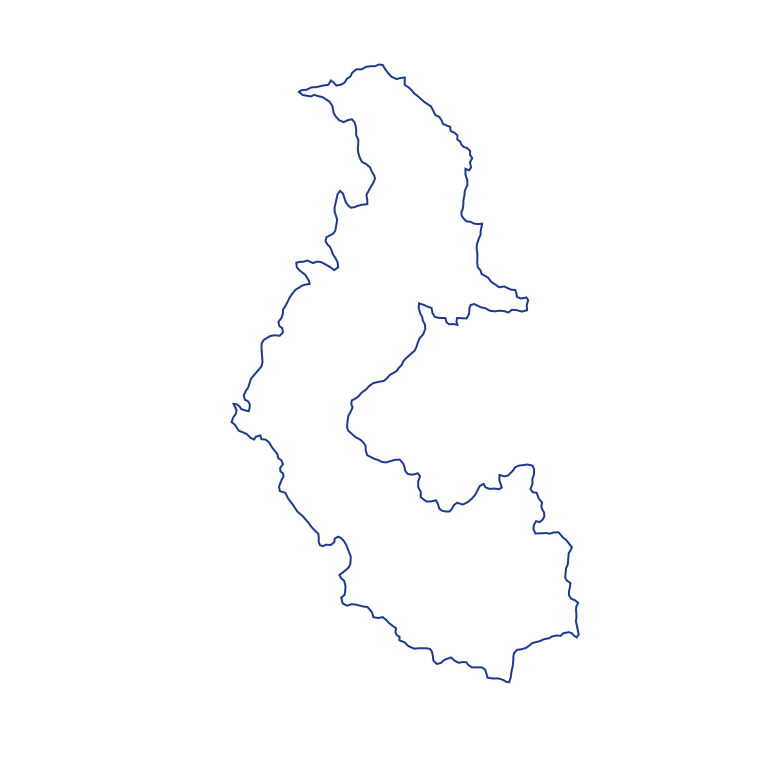 Inhapim, Minas Gerais, Brazil, rotated 260°
{"feature_id": "56859067B8939369455012", "entity_name": "Inhapim", "entity_type": "district", "adm_level": 2, "iso_a3": "BRA", "parent_name": "Brazil", "parent_adm1": "Minas Gerais", "projection": "albers", "projection_center": [-41.95, -19.485], "detail": "fine", "context": "isolated", "style": "outline", "palette": "blue", "viewbox_px": 768, "rotation_deg": 260, "n_neighbors": 0, "source": "geoboundaries", "source_scale": "gbopen_adm2", "svg_char_len": 6141}
<svg xmlns="http://www.w3.org/2000/svg" viewBox="0 0 768 768"><g transform="rotate(260 384 384)"><path d="M518.7,318.7L514.0,318.4L510.6,320.5L505.0,325.5L498.6,328.0L495.4,328.1L495.6,324.0L495.1,320.2L493.5,316.8L492.1,313.0L486.1,306.5L482.0,303.6L477.8,300.3L474.9,297.5L470.7,296.6L466.5,294.2L463.5,290.8L459.2,291.0L456.5,293.5L452.3,293.4L449.6,289.6L451.0,284.8L451.0,280.2L448.3,273.3L445.3,270.6L441.4,269.7L426.4,268.1L422.6,266.4L414.1,256.1L412.0,253.7L404.5,249.9L401.3,246.8L397.2,243.9L392.7,244.3L390.5,247.2L387.2,248.3L383.9,247.6L380.7,246.0L382.5,241.9L384.2,239.0L387.1,237.8L389.6,235.5L390.5,232.4L383.8,234.2L380.0,232.7L377.2,229.6L372.9,227.3L369.6,230.2L363.1,232.9L361.6,235.6L358.6,240.1L354.1,243.3L351.9,246.4L354.4,248.8L354.8,253.3L351.0,253.7L349.8,257.8L346.4,260.7L340.7,262.9L333.5,266.8L329.5,266.9L326.9,269.5L322.6,270.6L319.4,267.2L315.8,266.8L313.6,269.0L310.5,269.0L307.5,266.6L301.2,262.8L296.7,262.8L293.9,268.0L288.1,269.6L280.9,273.3L273.4,276.5L268.0,281.0L260.3,285.6L257.2,287.0L254.5,288.6L250.8,291.1L248.0,293.3L244.1,293.1L240.1,292.3L236.5,292.9L234.9,295.6L235.8,298.9L234.7,303.7L236.9,307.6L240.3,308.6L241.6,312.4L239.6,315.2L236.0,317.4L232.2,318.8L220.0,321.3L216.0,320.5L212.5,319.5L209.8,317.7L207.8,314.9L203.6,306.9L200.3,308.0L197.0,310.6L191.9,311.0L186.9,309.9L183.1,308.5L181.2,304.8L175.1,305.2L172.0,309.3L172.8,313.8L171.7,317.6L168.4,325.2L167.3,329.0L161.3,332.5L156.2,333.1L154.6,337.5L154.6,342.3L151.4,345.1L147.7,347.5L144.5,350.3L141.4,353.5L137.7,352.1L134.4,353.0L132.3,355.4L128.9,354.7L126.0,359.5L122.4,361.8L120.3,364.4L118.0,368.1L117.8,371.8L116.3,380.3L115.0,383.3L112.2,384.7L107.8,384.9L103.1,384.6L99.1,387.4L99.3,391.3L101.2,394.3L102.3,397.5L103.0,402.6L99.2,405.5L96.5,409.1L96.5,413.1L95.7,416.7L92.8,418.1L89.6,421.4L88.0,431.1L85.0,434.1L76.8,435.0L75.1,439.9L74.3,445.1L71.9,450.0L69.7,452.3L68.5,455.4L72.9,457.8L78.1,459.4L83.4,461.6L88.8,463.2L92.7,464.0L96.1,465.1L99.1,468.9L98.9,473.2L99.4,477.8L101.1,481.5L103.1,485.0L103.7,492.7L104.8,496.6L105.0,502.7L106.3,505.8L106.3,510.6L105.3,514.3L107.4,517.1L107.5,523.0L105.9,525.7L103.2,527.4L101.0,529.9L103.5,532.3L116.8,531.8L121.3,533.1L124.9,533.6L128.0,533.8L131.3,534.7L134.8,537.1L137.8,534.6L140.1,531.0L143.7,529.5L147.5,530.1L151.3,531.7L155.6,533.0L158.8,529.8L162.0,528.8L170.9,531.3L174.2,533.6L185.3,536.5L188.0,539.0L190.6,540.7L198.6,536.4L201.6,533.7L207.7,530.1L208.3,525.2L207.8,521.3L209.0,517.9L210.5,507.1L215.3,505.9L219.2,507.2L222.5,509.9L221.0,513.3L222.8,516.6L225.7,518.9L229.6,519.3L233.2,518.0L236.5,517.7L239.6,519.1L244.6,516.5L250.4,515.4L251.6,511.6L255.3,510.0L259.8,512.9L264.5,513.6L269.3,516.1L273.7,517.0L277.8,516.1L279.8,511.3L280.2,502.2L279.2,498.6L276.6,496.3L272.3,490.3L272.1,486.6L274.4,482.0L269.3,480.9L261.6,482.0L260.4,479.1L261.8,474.7L262.4,469.6L264.6,466.0L268.3,464.8L267.0,460.7L258.6,454.2L255.6,450.2L253.1,445.8L251.6,440.6L254.4,435.3L252.4,431.6L249.0,428.9L247.1,426.5L247.7,422.7L249.4,418.8L252.0,416.7L255.9,416.4L260.4,415.1L260.2,410.1L260.8,405.7L263.1,403.2L266.3,400.5L271.2,401.5L276.3,399.8L282.1,400.7L287.0,403.5L290.3,401.7L289.8,398.4L290.0,395.0L291.5,391.6L294.7,389.9L298.2,389.8L302.0,389.2L306.8,386.4L307.4,381.4L306.4,372.5L307.6,368.4L310.2,364.9L312.1,361.3L316.8,355.1L321.8,354.4L326.5,355.1L330.6,353.1L333.7,350.6L336.5,346.8L344.5,340.5L348.4,340.2L354.9,342.0L358.8,343.4L362.7,346.5L366.3,348.9L370.1,348.3L373.4,349.4L374.4,352.8L376.1,356.5L379.3,360.4L381.7,365.3L384.9,369.6L386.7,373.5L387.0,377.8L387.1,384.4L389.2,388.1L391.8,391.1L394.6,398.7L397.0,401.0L399.7,404.8L402.6,406.6L404.7,408.9L411.6,420.0L414.5,422.2L418.0,424.0L422.7,426.8L426.2,431.3L431.3,434.3L435.5,434.6L439.9,433.2L443.4,433.3L446.7,432.0L452.9,431.4L457.3,432.5L454.9,437.1L452.3,440.8L450.6,444.0L445.6,444.1L441.4,445.6L439.7,449.0L438.9,452.6L438.3,455.9L434.0,456.3L431.5,458.4L431.0,462.8L429.5,466.5L432.8,466.2L436.3,467.4L434.2,476.7L437.6,479.5L440.7,480.7L443.9,481.3L446.7,483.0L447.1,486.6L442.6,493.0L441.3,496.5L437.8,501.0L436.3,505.6L436.1,510.6L434.9,515.1L432.8,518.9L434.9,522.8L433.7,527.4L431.4,532.3L431.8,537.7L436.7,538.2L441.4,540.5L444.5,539.3L444.4,533.6L446.7,530.1L449.9,530.1L453.8,529.6L454.9,525.4L459.2,519.2L459.2,514.4L466.1,507.2L470.6,505.0L475.5,499.2L479.3,498.7L482.4,496.7L487.0,496.8L495.9,498.6L501.3,498.7L505.4,499.8L511.4,503.0L514.3,505.1L517.4,505.6L524.8,508.5L525.2,504.0L526.5,500.2L528.8,497.3L529.8,493.6L532.7,491.4L535.9,489.8L539.8,490.0L542.4,491.8L546.2,493.1L551.0,494.1L555.7,495.9L559.7,497.0L562.9,498.8L565.4,500.7L570.6,501.4L576.2,500.6L581.8,501.6L579.6,504.8L582.1,507.3L587.3,507.1L591.0,510.1L594.9,508.5L598.5,509.3L601.8,507.0L603.7,503.6L606.3,501.8L609.5,501.1L612.1,498.7L616.1,499.5L619.4,496.9L621.4,493.7L625.8,493.7L629.7,487.4L633.9,486.4L637.4,484.8L639.9,481.3L649.2,478.5L654.9,472.5L661.8,467.1L665.0,464.2L668.5,462.2L671.9,459.7L675.1,456.3L682.2,457.7L682.5,453.3L682.1,449.3L685.4,444.6L689.8,441.9L694.7,439.5L698.3,438.2L699.5,434.6L698.5,430.4L699.2,426.9L699.5,421.8L697.8,416.6L698.7,411.4L696.0,406.7L692.6,404.2L690.9,400.4L687.6,397.4L686.3,394.0L686.1,389.0L689.5,386.9L692.1,384.4L688.4,381.2L688.5,375.0L688.1,369.1L688.7,364.0L687.2,358.4L687.7,353.8L686.4,350.9L682.7,354.1L679.9,361.9L680.8,365.6L679.0,369.0L677.2,373.3L671.5,379.4L666.8,381.4L659.6,381.5L655.6,383.0L651.5,385.7L648.9,389.7L650.1,394.2L650.3,398.3L647.0,400.4L642.8,400.9L638.8,400.7L633.8,399.8L629.2,401.1L624.3,400.2L620.4,399.1L616.2,398.8L611.5,399.4L606.5,400.8L603.5,404.9L599.6,407.9L594.7,409.0L591.1,410.6L587.9,410.8L584.6,408.8L577.5,402.8L573.2,399.5L568.5,399.5L564.0,398.8L564.4,393.0L564.0,388.9L563.3,385.7L563.4,382.0L565.7,379.9L569.7,377.9L578.6,376.7L581.8,374.2L579.1,371.3L566.2,365.9L561.9,365.3L554.0,366.5L543.3,362.6L540.9,360.0L538.6,352.8L534.9,351.2L531.2,352.5L528.4,354.5L525.2,355.5L521.0,356.0L517.1,357.8L512.3,359.4L507.0,359.2L504.8,354.7L508.2,351.6L512.9,345.9L515.1,342.9L516.2,339.2L515.4,335.0L518.9,330.1L518.4,325.8L518.9,322.5L518.7,318.7Z" fill="none" stroke="#1e3a8a" stroke-width="2"/></g></svg>